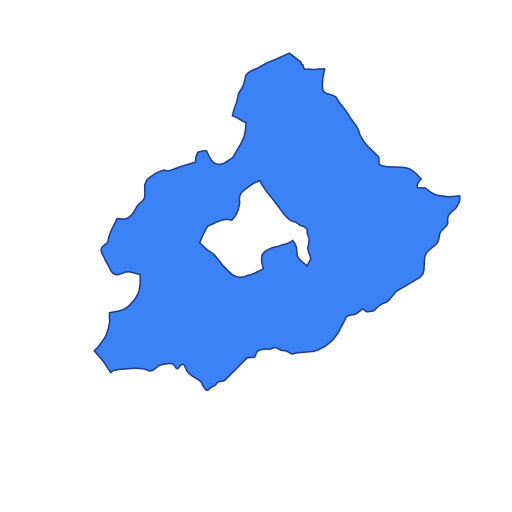 the Province of Selenge, rotated 134°
{"feature_id": "MNG-3326", "entity_name": "Selenge", "entity_type": "Province", "adm_level": 1, "iso_a3": "MNG", "parent_name": "Mongolia", "parent_adm1": "", "projection": "mercator", "projection_center": [106.313, 49.491], "detail": "fine", "context": "isolated", "style": "filled", "palette": "blue", "viewbox_px": 512, "rotation_deg": 134, "n_neighbors": 0, "source": "natural_earth", "source_scale": "10m", "svg_char_len": 4316}
<svg xmlns="http://www.w3.org/2000/svg" viewBox="0 0 512 512"><g transform="rotate(134 256 256)"><path d="M157.0,123.1L184.2,130.6L196.4,129.6L198.8,130.2L203.0,132.1L207.4,133.1L212.1,133.1L214.4,133.6L219.2,137.5L219.5,138.4L219.5,139.7L219.6,141.0L220.0,142.1L220.6,142.7L227.6,143.6L229.8,144.6L233.4,147.3L235.2,148.3L237.2,148.6L254.3,143.5L263.8,142.4L273.2,143.6L281.1,146.3L284.8,148.5L297.8,159.7L301.0,161.5L301.8,162.8L303.1,167.9L303.9,169.2L305.6,171.2L306.3,172.1L306.8,173.5L307.6,176.8L308.3,178.2L309.5,179.3L312.1,180.6L313.4,181.4L317.7,185.7L320.2,187.5L323.0,188.7L325.6,188.5L327.9,187.3L330.0,186.9L335.2,191.6L367.2,192.1L368.5,192.7L369.0,193.0L372.2,195.4L374.1,195.9L376.8,195.6L377.8,195.6L382.0,197.1L386.2,197.4L387.1,198.7L386.7,202.3L386.0,204.6L385.2,206.4L384.8,208.5L385.0,211.4L386.5,217.9L387.0,222.9L386.9,224.6L386.5,226.3L384.5,231.4L384.5,233.1L385.6,234.0L387.6,234.3L391.1,234.0L392.3,235.0L391.6,238.0L391.4,240.2L392.3,242.3L393.8,244.0L400.2,248.7L402.0,249.7L409.3,250.6L411.6,251.7L412.8,253.0L413.6,254.8L414.3,256.6L415.2,258.4L420.2,264.6L432.4,275.4L438.0,279.3L440.8,279.5L437.8,292.9L436.6,306.6L433.2,306.4L430.4,306.5L420.3,307.9L417.2,308.8L411.0,311.7L405.4,315.2L404.0,316.5L401.8,319.0L398.6,322.0L390.3,316.1L388.3,315.0L385.1,313.8L382.9,313.2L379.3,312.8L372.9,313.0L370.4,313.3L365.2,314.7L362.4,315.8L356.1,320.3L349.9,326.4L354.5,334.8L355.8,336.6L358.3,338.8L363.9,341.4L365.6,342.5L366.3,343.2L367.4,345.1L367.8,347.2L367.4,350.4L365.4,355.7L363.9,361.1L362.1,365.4L360.9,369.3L359.9,371.0L359.1,371.8L357.3,372.7L355.5,372.9L350.9,372.3L349.2,372.3L347.6,373.0L344.9,375.0L341.2,376.7L336.0,378.6L325.5,381.9L321.8,377.3L320.3,376.0L318.6,375.1L316.5,374.4L313.3,374.0L310.0,374.3L303.2,376.0L301.4,376.3L295.2,375.9L292.3,376.3L290.8,377.2L288.3,379.3L286.0,381.7L282.4,385.2L279.8,386.5L276.7,387.3L273.9,387.2L265.9,385.5L262.5,384.1L257.6,381.5L256.8,379.3L255.1,377.7L241.5,371.0L230.8,364.8L228.0,366.9L225.9,368.3L221.8,370.0L217.3,367.2L215.7,365.8L214.7,364.6L216.6,359.9L218.1,354.5L218.1,351.2L217.5,349.0L217.0,347.9L215.5,346.0L212.7,343.9L209.7,343.0L201.3,341.1L185.1,345.1L179.3,347.1L177.2,348.1L173.0,351.0L167.1,355.6L168.3,359.2L169.8,366.2L171.5,370.4L165.7,373.7L159.6,376.4L154.7,379.2L151.8,381.2L150.0,381.8L144.9,382.8L142.8,383.4L137.1,386.3L135.0,387.8L133.4,388.6L131.5,388.9L129.4,388.9L124.7,387.6L119.0,385.1L112.7,383.3L108.5,381.9L102.3,379.1L86.9,372.9L86.2,367.7L85.3,358.3L86.6,356.0L85.9,355.1L86.9,353.8L87.6,352.0L88.1,351.1L84.8,347.7L81.8,344.0L77.7,340.6L73.7,336.6L81.9,331.3L85.9,327.9L88.8,325.0L89.9,323.6L90.6,321.6L90.5,319.6L89.7,317.6L87.1,312.5L86.1,309.0L87.7,302.5L89.0,292.3L91.3,283.2L92.7,274.4L94.5,269.3L96.8,265.1L98.7,257.9L99.1,255.0L99.4,250.5L99.5,236.4L104.8,230.9L102.7,226.6L100.6,223.5L90.8,212.7L87.5,208.0L86.4,205.3L85.9,202.5L85.6,198.1L85.8,190.7L89.8,190.5L91.6,190.0L93.2,189.2L94.0,188.2L94.6,187.0L89.4,181.5L89.1,176.8L88.7,174.5L87.4,170.0L86.4,167.9L79.8,158.7L71.2,151.2L73.6,148.8L76.1,147.2L82.1,145.5L91.1,146.0L94.1,145.4L96.0,144.0L99.4,140.7L101.6,140.0L109.7,140.1L112.3,139.3L117.6,135.8L119.6,135.0L122.4,134.5L132.6,135.8L135.0,135.6L137.4,134.9L139.7,133.8L149.3,125.6L152.6,123.6L157.0,123.1ZM247.8,252.8L245.0,252.3L240.5,250.9L236.8,249.0L233.2,246.4L229.1,244.6L226.3,242.6L222.4,241.0L219.3,240.3L220.0,237.0L221.7,232.9L226.7,227.0L227.4,225.7L227.7,224.8L228.1,222.9L228.2,219.9L227.6,212.3L220.4,214.6L219.5,215.3L219.1,215.8L216.7,220.9L214.8,223.7L213.5,224.9L212.2,225.5L207.1,229.3L206.4,230.3L204.4,234.3L203.4,235.7L201.1,237.8L201.6,242.0L203.4,245.7L203.6,248.5L204.1,251.0L205.8,253.9L206.3,255.4L206.6,256.9L206.6,257.2L206.8,260.3L206.4,266.0L205.9,268.5L203.7,282.0L202.4,292.5L200.4,302.0L199.0,305.6L204.3,307.8L207.7,308.8L217.1,310.3L219.3,310.5L221.4,310.3L223.5,309.6L224.5,309.1L226.2,307.8L229.5,304.3L235.0,300.9L240.2,299.0L242.4,298.6L247.0,298.3L249.9,302.5L254.0,305.5L257.0,307.1L268.4,311.5L278.3,308.6L285.7,305.6L285.4,295.3L284.1,287.8L284.7,280.6L285.8,273.7L286.1,265.2L285.8,260.1L285.1,257.4L284.0,254.9L282.9,253.3L280.5,251.0L279.1,249.9L275.8,248.6L272.9,246.7L270.3,245.4L260.1,241.8L257.0,246.9L255.0,249.2L251.7,252.0L249.8,252.7L247.8,252.8Z" fill="#3b82f6" stroke="#1e3a8a" stroke-width="1.5"/></g></svg>